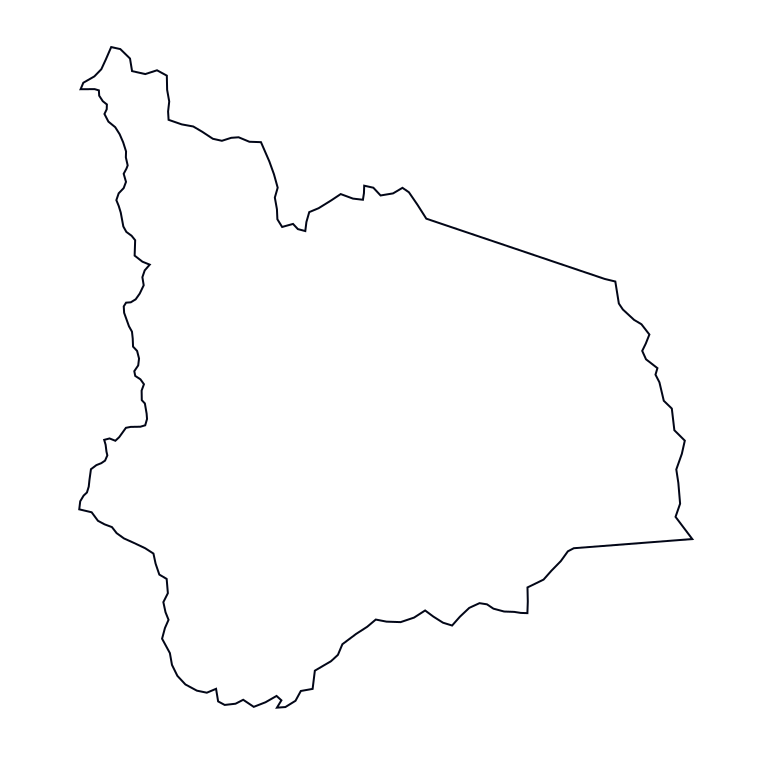 Jelebu, Negeri Sembilan, Malaysia (Albers equal-area conic projection), rotated 2°
{"feature_id": "92858781B14475732449391", "entity_name": "Jelebu", "entity_type": "district", "adm_level": 2, "iso_a3": "MYS", "parent_name": "Malaysia", "parent_adm1": "Negeri Sembilan", "projection": "albers", "projection_center": [102.051, 3.062], "detail": "fine", "context": "isolated", "style": "outline", "palette": "ink", "viewbox_px": 768, "rotation_deg": 2, "n_neighbors": 0, "source": "geoboundaries", "source_scale": "gbopen_adm2", "svg_char_len": 2755}
<svg xmlns="http://www.w3.org/2000/svg" viewBox="0 0 768 768"><g transform="rotate(2 384 384)"><path d="M70.5,100.0L84.5,99.4L88.8,100.5L89.3,105.8L93.1,111.2L97.3,114.3L97.3,119.1L95.2,123.9L99.4,131.4L106.4,136.7L111.1,143.6L114.9,151.6L118.1,160.6L118.1,166.5L120.2,174.5L119.1,177.7L116.5,183.0L119.1,191.0L117.0,197.3L112.2,202.7L110.1,209.6L112.7,215.4L114.9,221.8L118.0,235.7L121.2,241.0L126.6,244.7L130.3,249.0L130.3,256.4L130.3,264.4L138.3,270.2L145.7,272.9L140.9,278.8L138.8,285.7L140.4,293.7L136.7,302.2L132.9,308.0L128.1,311.2L123.4,311.7L121.2,315.5L121.8,321.9L127.1,335.2L130.3,340.5L131.3,347.4L131.9,355.4L136.1,359.6L138.3,367.1L137.7,374.0L134.0,379.9L135.1,384.6L140.4,387.8L144.1,392.6L142.0,399.0L142.5,408.6L145.7,411.8L147.8,421.9L148.4,427.2L146.8,433.6L142.0,435.2L132.4,435.7L127.6,436.8L121.2,446.4L117.5,450.1L111.6,448.0L106.3,449.6L107.9,454.4L109.0,461.3L110.0,465.0L107.9,470.3L104.2,473.0L99.4,475.1L94.1,479.4L93.0,490.0L92.5,496.9L90.9,502.8L87.7,506.0L84.5,511.8L83.8,519.9L96.3,522.4L102.9,530.7L109.6,534.0L117.1,536.5L122.0,542.4L129.5,547.4L139.5,551.5L151.1,556.5L159.5,561.5L162.0,571.5L166.1,582.3L173.6,586.4L175.3,600.6L171.1,609.7L173.6,619.7L176.9,627.2L173.6,635.5L171.1,646.3L179.4,660.4L181.9,672.1L187.7,682.9L196.0,691.2L207.7,697.0L217.7,698.7L226.8,694.5L229.3,707.0L236.0,710.3L246.8,708.7L254.3,704.5L265.1,711.2L276.7,706.2L287.5,699.5L292.5,703.7L288.3,711.2L296.7,710.3L306.6,703.7L311.6,693.7L323.3,691.2L324.9,672.9L340.7,662.9L347.4,656.3L351.5,645.5L364.9,634.7L375.7,627.2L384.0,619.7L394.8,621.4L408.9,621.4L422.2,616.4L433.0,608.9L441.4,614.7L451.3,620.5L460.5,623.0L468.0,613.9L477.1,604.7L487.1,599.7L494.6,600.6L501.2,604.7L512.0,607.2L522.0,607.2L528.7,608.0L535.3,608.0L535.3,596.4L534.5,582.3L550.3,573.9L557.8,564.8L566.9,554.8L573.6,544.8L579.4,541.5L697.5,528.2L680.0,506.6L684.1,493.3L681.6,472.5L679.1,459.2L684.1,443.4L686.6,430.1L675.8,420.1L672.5,398.5L664.2,391.0L659.2,372.7L655.0,365.2L656.7,358.6L645.0,350.2L640.9,341.9L644.2,334.5L647.5,325.3L639.2,315.3L631.7,311.2L620.1,301.2L615.9,295.4L611.6,273.5L600.9,271.3L420.5,217.3L411.4,204.0L402.2,191.5L395.6,187.3L386.4,193.2L374.0,195.7L366.5,188.2L357.3,186.5L357.3,194.0L356.5,200.6L346.5,199.8L334.1,195.7L324.9,202.3L312.5,210.6L303.3,214.8L300.8,224.8L300.0,233.9L292.5,232.2L287.5,227.2L276.7,230.6L271.7,223.1L270.9,213.1L268.4,201.5L270.9,191.5L266.7,178.2L261.7,165.7L252.6,146.6L241.0,146.6L230.1,142.5L222.7,143.3L213.5,146.6L204.4,144.9L193.6,138.3L184.4,133.3L172.8,131.6L159.5,127.5L158.7,119.2L159.5,109.2L157.0,97.6L156.2,83.4L146.2,78.4L134.6,82.6L121.3,80.1L118.8,67.6L108.8,58.5L99.6,56.8L94.7,69.3L90.5,79.3L83.8,86.7L73.0,93.4L70.5,100.0Z" fill="none" stroke="#020617" stroke-width="2"/></g></svg>